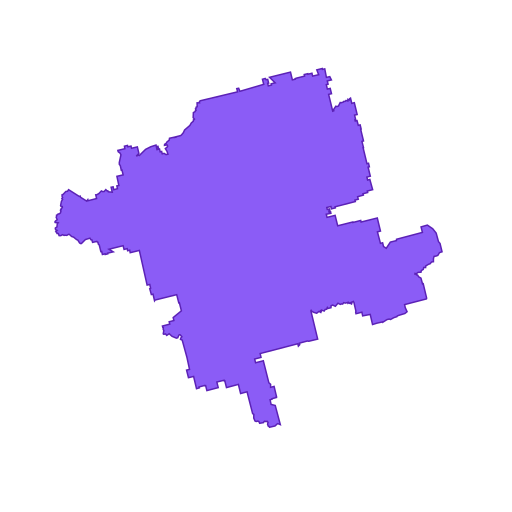 Gunnedah, New South Wales, Australia (Robinson projection), rotated 247°
{"feature_id": "25037944B84147386402076", "entity_name": "Gunnedah", "entity_type": "district", "adm_level": 2, "iso_a3": "AUS", "parent_name": "Australia", "parent_adm1": "New South Wales", "projection": "robinson", "projection_center": [150.062, -31.024], "detail": "fine", "context": "isolated", "style": "filled", "palette": "violet", "viewbox_px": 512, "rotation_deg": 247, "n_neighbors": 0, "source": "geoboundaries", "source_scale": "gbopen_adm2", "svg_char_len": 6101}
<svg xmlns="http://www.w3.org/2000/svg" viewBox="0 0 512 512"><g transform="rotate(247 256 256)"><path d="M100.5,199.6L99.6,200.5L99.6,201.6L98.2,202.1L96.6,200.9L94.6,200.8L94.1,201.4L93.1,201.5L92.1,207.1L93.2,210.1L93.1,210.7L91.3,212.5L110.9,215.3L113.5,211.9L118.2,212.8L117.9,214.7L118.4,214.9L117.8,219.4L118.4,219.5L118.3,219.9L128.9,221.7L129.4,218.1L132.2,219.3L134.3,218.3L156.7,221.8L157.9,213.9L161.7,214.5L160.7,221.0L164.6,221.7L158.9,260.2L156.5,259.8L157.3,261.6L158.8,261.9L157.7,270.0L156.9,271.3L155.4,280.3L184.1,285.1L184.4,285.5L183.4,285.7L181.5,287.2L179.6,289.5L180.4,292.3L178.7,293.6L179.5,294.4L180.3,294.0L180.7,295.0L178.7,297.3L179.8,298.8L179.4,300.2L180.7,301.5L179.6,301.7L179.1,304.8L180.9,305.7L180.9,307.4L178.7,309.4L180.5,313.0L178.5,314.7L178.5,316.0L177.9,317.0L178.8,318.5L177.7,319.9L177.5,322.0L176.6,322.1L177.1,323.1L176.0,323.4L176.1,324.9L175.5,324.4L174.5,325.2L176.0,326.5L176.2,327.8L175.1,328.0L166.1,326.4L165.4,325.8L163.8,325.5L162.9,331.5L159.2,330.8L157.6,338.3L147.4,336.5L146.9,341.2L145.8,347.1L145.5,347.0L146.3,351.8L145.9,354.0L145.0,355.0L145.4,359.0L145.1,362.0L145.6,362.6L145.6,364.0L144.9,370.6L145.7,373.3L150.2,373.2L153.2,373.8L149.9,396.1L150.5,396.6L165.2,399.1L165.3,398.4L171.2,399.2L173.3,397.6L175.4,397.3L176.0,396.3L177.2,395.9L177.4,395.3L177.8,395.6L177.0,396.4L177.6,398.8L176.6,401.5L178.0,402.5L178.3,404.7L179.9,405.9L179.1,407.6L180.5,408.3L181.0,411.7L180.8,413.1L181.9,415.3L181.4,417.1L184.2,418.3L186.1,419.8L185.6,421.6L185.5,423.6L187.4,426.2L187.2,428.9L195.6,430.3L197.9,429.6L206.7,430.8L212.1,429.3L217.5,425.8L218.3,419.3L212.7,418.4L216.5,391.9L215.3,391.3L216.3,385.1L212.2,378.9L214.9,377.1L218.7,377.7L219.0,375.5L230.8,377.2L230.3,380.3L243.6,382.5L246.2,366.0L247.8,366.3L249.0,358.3L249.5,358.4L251.9,343.0L262.5,344.7L263.8,336.5L267.0,337.0L266.0,341.6L267.4,341.9L267.6,340.4L269.0,340.6L268.8,341.7L270.6,342.0L271.0,339.8L273.0,340.1L272.3,344.3L269.9,343.9L269.3,347.8L270.4,348.0L267.3,368.7L268.8,368.9L268.3,372.3L270.9,372.7L270.1,378.6L271.5,378.8L270.8,383.6L272.3,383.8L271.5,389.3L282.0,390.7L282.3,388.4L285.3,388.9L284.8,392.4L294.0,393.9L293.8,395.2L297.4,395.8L297.6,394.2L313.9,396.9L313.8,397.3L320.1,398.3L319.9,399.9L331.9,401.9L331.8,402.4L336.0,403.1L336.3,401.2L341.2,401.9L341.5,400.1L342.7,400.3L342.6,401.0L347.2,401.8L346.7,404.4L358.7,406.4L359.1,403.8L364.4,404.7L364.2,403.7L363.5,403.7L363.1,402.9L364.3,401.8L362.8,401.1L364.0,399.6L363.5,398.6L364.0,397.1L363.6,396.6L363.8,394.3L364.4,393.5L361.8,390.4L362.0,388.8L362.7,388.0L360.5,384.6L359.3,384.4L359.3,383.2L376.4,386.0L375.9,388.9L381.3,389.8L381.8,386.9L386.3,387.7L386.0,389.5L389.3,390.0L388.6,394.2L392.3,394.0L392.9,390.6L401.4,392.4L401.8,390.1L402.7,390.3L403.6,384.7L398.4,384.5L399.5,378.4L402.4,378.9L403.0,374.8L403.6,374.9L404.2,371.3L402.6,371.0L403.9,362.9L404.0,361.4L403.4,361.3L403.9,358.3L411.8,359.6L415.2,338.3L407.9,341.3L408.6,337.3L407.3,337.0L407.8,333.8L410.4,334.2L410.2,335.2L414.0,335.8L414.3,334.2L415.8,333.9L416.2,331.0L411.0,330.2L413.9,305.5L417.2,305.6L417.6,303.7L414.3,303.2L420.7,265.2L419.9,264.0L419.1,263.9L420.0,261.6L416.4,260.2L416.4,259.0L415.1,258.3L415.1,257.8L413.4,257.6L413.4,256.9L412.7,256.4L412.5,254.4L407.9,252.2L406.0,252.9L405.7,252.4L405.8,251.6L404.5,250.9L403.8,248.5L402.0,246.1L399.9,239.5L397.9,237.3L396.5,234.6L396.3,233.7L397.1,228.5L396.7,228.5L397.0,227.1L397.3,227.2L398.2,222.4L396.6,221.4L395.7,218.4L394.8,217.4L394.5,215.5L393.6,215.0L393.1,217.5L391.7,217.6L391.0,216.9L390.3,214.5L387.1,215.0L384.1,214.7L384.5,212.8L386.4,211.5L386.7,209.6L389.1,210.0L389.3,208.5L392.2,209.0L392.6,206.4L394.1,206.7L393.8,208.4L395.3,208.6L395.6,207.0L397.2,207.3L397.7,201.8L397.3,196.0L394.1,187.9L394.8,187.4L394.7,184.8L396.2,188.3L402.8,189.4L403.8,183.5L406.0,183.9L406.6,180.7L408.0,180.9L408.5,177.8L406.0,177.2L407.2,170.1L405.8,169.9L403.8,171.1L401.9,171.2L395.5,166.7L393.8,166.0L392.2,166.4L387.6,165.5L387.5,166.2L382.6,165.4L383.7,159.1L374.5,157.3L374.9,155.3L372.1,154.8L372.6,151.0L375.5,151.5L375.9,149.5L370.9,148.6L372.8,145.1L373.9,145.1L374.2,144.3L375.8,143.7L374.7,141.4L375.2,140.0L376.3,139.1L374.9,135.8L374.6,133.1L374.9,132.4L371.2,131.7L372.5,123.0L373.6,123.2L372.7,121.6L378.7,117.4L379.8,117.6L380.0,116.5L390.3,109.4L389.2,107.8L389.7,106.2L388.0,102.3L388.2,101.5L386.8,100.8L385.3,100.8L384.7,99.7L383.7,100.1L382.3,98.2L378.7,95.8L377.8,95.9L377.2,97.0L376.3,96.7L375.3,94.5L374.7,94.7L374.1,93.7L373.2,93.8L372.0,92.7L371.7,91.4L372.0,90.2L371.6,89.5L371.5,88.3L370.7,88.1L369.7,87.2L367.1,87.2L366.5,85.0L365.9,84.2L365.3,84.2L363.9,86.8L363.2,85.6L360.5,84.1L360.2,82.3L359.7,82.0L358.4,81.8L357.3,82.9L356.6,81.2L355.4,81.8L354.5,81.6L353.9,82.8L351.7,82.7L351.0,84.2L351.2,86.3L349.9,87.4L349.9,88.1L348.9,89.9L349.2,91.8L348.9,92.6L346.0,93.9L344.6,95.5L341.3,97.2L340.2,98.2L336.9,98.7L335.8,99.6L335.7,100.2L337.8,105.4L337.3,110.1L335.4,110.4L335.0,111.2L332.4,110.9L331.6,115.2L330.9,115.3L330.4,115.9L328.6,115.5L327.3,116.0L320.6,114.9L320.4,115.7L317.4,115.2L317.0,117.9L316.3,117.8L315.9,120.4L316.6,120.5L315.6,126.2L319.7,123.3L317.4,137.7L313.6,137.1L313.1,140.3L311.0,139.9L310.7,142.0L308.2,141.5L306.7,150.8L271.8,144.4L271.3,147.1L267.5,146.4L267.4,145.4L261.4,144.6L261.1,146.3L254.4,145.1L254.9,145.9L251.4,167.9L243.0,166.6L242.9,167.2L234.7,165.9L231.7,155.7L228.7,155.2L229.4,150.4L227.0,150.0L228.1,142.5L226.6,142.3L226.3,142.7L224.7,141.9L223.4,142.0L220.6,140.2L220.0,140.5L219.6,142.3L217.8,142.8L218.4,145.7L214.9,147.3L211.5,150.6L211.3,152.0L213.3,154.1L213.4,154.9L213.0,155.5L210.6,156.2L209.9,154.8L208.8,153.9L207.4,155.2L189.6,152.8L177.6,150.5L178.1,147.5L170.4,146.3L169.5,151.5L157.1,149.4L156.8,152.3L157.7,152.4L156.9,158.1L156.6,158.1L156.4,159.0L151.3,158.2L149.6,169.8L155.3,170.7L154.1,178.1L153.4,178.0L153.3,178.5L146.4,177.4L144.7,189.6L135.4,188.1L134.5,194.7L112.2,191.3L111.1,192.1L107.7,190.6L104.5,190.6L103.6,191.5L103.3,193.2L102.4,194.0L100.6,194.0L99.7,197.8L100.5,198.9L100.5,199.6Z" fill="#8b5cf6" stroke="#5b21b6" stroke-width="1.5"/></g></svg>